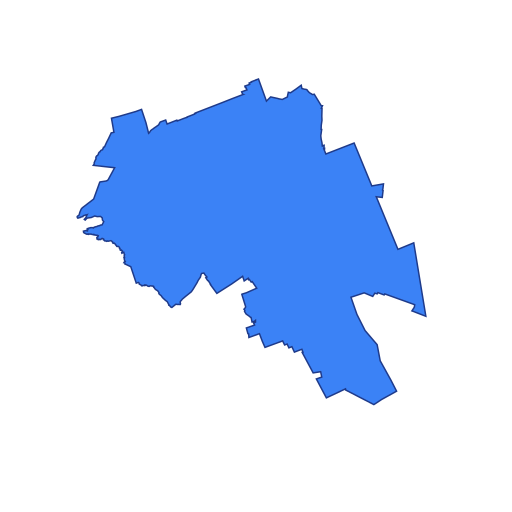 Pánuco, Zacatecas, Mexico, rotated 68°
{"feature_id": "50627088B44962860641179", "entity_name": "Pánuco", "entity_type": "district", "adm_level": 2, "iso_a3": "MEX", "parent_name": "Mexico", "parent_adm1": "Zacatecas", "projection": "equal_earth", "projection_center": [-102.504, 22.978], "detail": "fine", "context": "isolated", "style": "filled", "palette": "blue", "viewbox_px": 512, "rotation_deg": 68, "n_neighbors": 0, "source": "geoboundaries", "source_scale": "gbopen_adm2", "svg_char_len": 6058}
<svg xmlns="http://www.w3.org/2000/svg" viewBox="0 0 512 512"><g transform="rotate(68 256 256)"><path d="M421.8,177.4L399.7,180.1L383.6,176.9L366.0,182.8L347.9,184.3L329.8,183.4L330.7,169.5L337.2,162.9L335.0,159.8L336.5,157.8L335.6,156.7L340.1,151.8L339.4,150.8L360.6,127.1L362.8,128.4L365.3,132.0L375.5,121.1L302.9,104.8L303.0,121.9L246.1,122.3L249.0,117.0L242.8,113.6L242.2,114.0L241.8,113.6L241.1,113.1L236.9,110.8L234.4,122.4L188.0,122.7L187.6,153.0L182.2,153.0L182.4,152.6L182.0,152.6L182.2,152.3L181.8,152.0L181.6,152.3L181.1,152.4L178.9,151.4L178.9,151.9L178.7,152.0L178.5,153.0L178.9,153.2L178.9,153.3L175.6,152.4L172.0,151.8L168.8,150.9L163.3,147.7L163.0,148.2L159.2,146.5L154.9,144.0L151.0,142.6L143.9,139.5L143.5,140.1L141.6,138.1L141.1,139.2L127.8,141.4L127.6,142.8L127.2,143.4L126.5,143.8L125.3,144.8L124.0,145.6L123.1,145.8L122.1,146.3L121.3,146.3L121.0,146.5L120.3,147.1L119.5,148.6L117.9,150.7L114.6,150.1L116.3,156.8L117.6,162.8L116.3,164.7L119.2,166.7L120.3,167.3L120.7,173.0L118.9,175.8L118.1,176.8L114.0,182.8L116.3,188.3L92.8,187.4L92.7,189.9L92.8,189.9L92.7,195.1L93.1,195.1L93.1,197.6L94.5,197.6L94.3,202.7L95.8,202.8L96.0,202.7L96.0,202.3L96.3,202.2L98.6,202.2L98.4,207.8L101.1,207.8L101.4,207.4L101.2,218.0L101.1,230.9L100.7,258.5L101.0,258.4L101.0,259.6L101.4,259.7L101.3,267.9L101.6,268.0L101.4,270.7L101.3,278.5L100.4,278.5L100.3,289.0L96.1,288.8L95.9,294.6L96.9,296.0L97.7,296.8L98.1,297.6L98.2,298.4L98.6,299.8L99.2,302.7L99.5,303.5L99.8,305.1L100.3,306.7L101.7,308.7L102.0,309.6L91.2,308.1L77.2,307.2L77.0,313.3L75.2,330.8L74.1,338.4L88.1,341.4L87.6,344.1L92.1,349.0L94.6,351.9L98.1,355.6L98.0,356.7L98.8,357.2L98.9,357.5L99.3,357.9L99.9,358.3L100.0,358.7L99.9,359.5L100.1,360.5L101.0,361.7L100.9,362.2L101.7,363.5L102.6,364.1L103.4,365.3L103.5,366.2L103.8,366.7L104.5,367.5L105.3,367.7L106.5,368.4L106.7,368.9L108.9,371.1L109.9,371.5L110.2,371.7L111.0,372.9L121.2,354.0L129.9,364.5L130.3,365.6L130.3,367.0L128.9,372.8L129.0,373.2L142.4,385.2L146.2,398.9L146.9,400.3L147.6,401.1L149.5,403.0L151.5,404.5L151.9,405.1L152.2,406.6L152.7,407.2L153.8,407.2L154.1,407.1L154.2,406.8L154.3,405.8L154.2,405.5L154.5,404.7L154.3,404.1L154.5,402.3L154.6,401.7L154.2,401.4L154.0,401.0L154.0,400.3L154.2,399.2L154.1,398.6L154.2,397.9L154.5,397.6L154.5,397.2L154.9,397.7L155.4,398.0L156.7,399.5L157.7,401.5L158.7,400.9L157.7,398.7L157.7,397.9L158.6,394.4L158.5,390.5L160.0,388.5L161.1,385.3L163.1,384.3L165.0,384.9L166.5,384.5L167.1,384.3L169.5,387.1L169.1,388.5L169.3,389.4L169.1,389.8L169.2,390.2L168.9,391.2L169.0,391.7L169.0,392.3L169.1,392.5L168.8,393.5L168.8,394.7L168.7,394.9L168.8,395.0L168.7,395.4L169.0,395.9L169.1,396.4L168.6,396.7L168.4,397.1L167.8,398.5L167.7,399.0L167.8,399.3L167.6,399.9L167.5,400.3L167.6,401.3L167.4,402.2L167.9,402.6L168.5,402.1L168.6,402.4L169.6,402.9L168.8,404.1L168.5,405.0L168.5,405.5L168.3,406.7L169.6,407.0L170.4,406.6L171.4,405.6L172.2,405.1L172.4,404.3L172.6,404.2L172.6,403.9L173.0,403.5L172.9,403.3L173.2,403.2L173.3,403.0L173.2,402.5L173.3,402.2L173.4,401.9L174.1,400.4L174.6,400.0L174.9,399.5L175.2,398.4L175.6,398.5L175.8,398.1L176.0,397.9L175.9,397.7L176.3,397.1L176.5,397.0L176.9,396.4L176.9,396.2L177.4,395.3L177.7,395.2L178.0,394.7L178.4,395.1L178.8,395.1L179.0,395.3L178.8,395.7L178.9,395.9L179.0,396.1L179.2,396.6L179.6,396.6L180.1,396.9L180.5,397.0L180.5,396.8L180.9,396.7L180.9,396.4L181.1,396.3L181.4,396.2L181.5,395.8L181.8,395.9L181.8,395.3L182.1,395.0L182.1,394.6L182.4,394.4L182.4,394.0L182.5,393.8L182.4,393.7L182.0,392.2L182.2,391.9L182.5,392.0L182.7,391.3L183.3,390.9L184.0,391.3L184.3,390.9L185.2,390.7L185.5,390.4L185.9,389.4L186.5,388.9L186.4,388.2L186.5,387.9L186.9,387.6L187.4,384.9L187.5,384.7L188.6,384.0L189.3,383.8L189.4,383.7L189.9,384.0L190.7,383.7L190.8,382.8L191.2,382.7L191.3,382.5L191.8,382.2L192.1,382.2L192.6,381.9L193.1,382.0L193.8,381.6L194.9,381.5L195.2,381.2L195.3,380.5L195.4,380.3L195.6,380.0L196.6,379.5L197.0,379.4L197.7,379.7L198.1,379.3L198.4,379.5L199.5,379.7L199.8,379.6L200.0,379.4L200.1,378.5L200.5,378.5L201.4,378.0L202.0,378.5L202.5,379.3L203.2,379.3L202.9,377.7L203.0,377.2L204.2,377.4L205.1,377.5L205.4,377.3L205.9,377.6L206.3,378.1L207.5,378.5L207.8,378.8L208.0,378.4L208.4,378.5L208.7,379.1L209.2,379.1L209.9,379.4L211.1,379.5L212.1,379.3L212.1,380.2L212.7,381.0L213.2,380.3L214.0,380.2L214.3,380.5L219.0,376.1L236.3,377.2L236.4,375.0L237.5,374.5L238.2,374.8L238.9,374.3L239.4,373.7L239.8,373.5L240.4,373.4L241.0,373.0L241.1,372.6L240.9,372.1L241.0,371.8L241.5,370.8L241.6,370.5L241.2,370.3L241.1,370.0L241.2,369.8L241.8,369.8L241.8,369.4L241.7,368.9L241.9,368.6L242.5,368.1L243.1,367.9L244.0,366.8L244.2,366.4L244.0,365.4L244.1,365.0L244.6,364.2L245.0,363.3L245.7,362.3L245.8,362.3L246.0,362.6L246.3,362.4L246.6,362.5L246.7,362.3L248.2,362.1L249.1,361.8L249.7,361.5L251.4,360.2L253.6,359.7L254.3,360.1L255.1,360.0L257.2,358.8L259.5,358.3L263.2,356.6L265.1,355.4L268.2,355.1L268.9,355.3L269.2,354.8L271.3,354.2L272.2,353.3L270.7,348.4L271.8,346.4L271.8,346.0L272.6,344.5L272.1,343.9L270.3,343.6L269.6,342.8L269.0,341.5L268.4,340.5L267.1,336.5L265.0,329.5L264.2,328.2L263.2,326.7L258.7,320.7L256.9,318.7L254.8,315.5L252.4,313.7L251.8,313.0L252.3,310.7L254.8,310.2L257.1,309.4L257.3,310.7L260.7,310.0L260.9,309.8L261.0,309.5L265.3,308.7L265.4,309.0L276.0,306.3L272.8,289.0L269.8,276.0L274.7,276.3L273.7,271.6L275.2,271.8L275.1,271.0L278.4,270.2L278.3,269.1L286.1,267.4L286.5,278.7L286.1,283.4L286.2,283.5L299.1,284.6L299.6,284.9L300.4,286.1L300.8,287.1L302.2,286.7L303.1,287.4L306.1,286.9L309.0,285.0L311.1,283.9L311.2,283.6L315.7,284.4L315.9,282.7L315.9,281.8L315.5,280.6L317.1,281.2L317.2,283.3L319.5,283.2L319.1,291.9L325.0,292.6L325.5,292.0L328.9,293.1L329.3,281.9L337.5,282.1L344.1,281.9L344.7,263.1L349.2,262.8L349.3,260.1L353.5,259.9L353.5,256.7L359.5,256.4L359.6,250.5L359.7,248.4L362.8,248.5L362.7,249.3L385.8,246.8L387.3,240.3L387.3,239.8L387.5,239.4L392.9,240.4L392.6,246.1L413.9,243.9L412.7,222.8L413.8,223.1L437.9,202.4L437.6,200.7L436.1,193.3L434.0,176.3L421.8,177.4Z" fill="#3b82f6" stroke="#1e3a8a" stroke-width="1.5"/></g></svg>